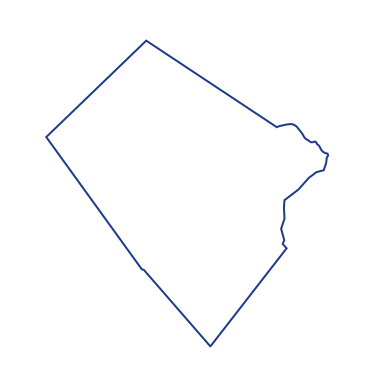 Mailly Motete, Soufrière, Saint Lucia, rotated 264°
{"feature_id": "8701671B87910523251509", "entity_name": "Mailly Motete", "entity_type": "district", "adm_level": 2, "iso_a3": "LCA", "parent_name": "Saint Lucia", "parent_adm1": "Soufrière", "projection": "mercator", "projection_center": [-61.027, 13.818], "detail": "fine", "context": "isolated", "style": "outline", "palette": "blue", "viewbox_px": 384, "rotation_deg": 264, "n_neighbors": 0, "source": "geoboundaries", "source_scale": "gbopen_adm2", "svg_char_len": 2166}
<svg xmlns="http://www.w3.org/2000/svg" viewBox="0 0 384 384"><g transform="rotate(264 192 192)"><path d="M36.7,194.0L37.2,194.8L126.1,280.2L130.8,276.8L134.5,278.7L146.1,276.8L155.9,281.2L166.9,281.8L174.2,283.1L183.4,298.2L193.8,309.6L198.7,317.7L199.9,325.3L206.7,328.4L212.2,329.7L214.0,331.2L215.9,330.9L216.0,330.6L216.2,330.1L216.4,329.7L216.5,329.3L216.7,328.9L216.9,328.5L217.1,328.1L217.3,327.8L217.6,327.4L217.9,327.0L218.2,326.6L218.5,326.3L218.8,326.0L219.2,325.8L219.5,325.5L219.8,325.3L220.2,325.1L220.6,324.9L221.0,324.7L221.5,324.5L221.9,324.3L222.3,324.2L222.8,324.0L223.2,323.9L223.5,323.8L223.8,323.6L224.1,323.5L224.6,323.3L224.8,323.1L225.0,322.9L225.4,322.6L225.7,322.3L226.1,321.9L226.5,321.5L226.8,321.2L227.1,321.0L227.5,320.8L227.8,321.0L228.2,320.9L228.5,320.7L228.8,320.3L229.1,319.9L229.3,319.5L229.3,318.8L229.2,318.4L229.1,318.0L228.9,317.6L228.9,317.2L228.9,316.6L228.9,316.1L229.1,315.7L229.2,315.4L229.4,315.1L229.6,314.7L229.9,314.4L230.2,314.1L230.6,313.8L230.9,313.5L231.1,313.2L231.5,312.8L231.7,312.5L231.9,312.2L232.1,311.8L232.4,311.4L232.6,311.1L233.0,310.6L233.3,310.4L233.6,310.2L234.1,309.9L234.4,309.6L234.8,309.4L235.2,309.2L235.6,309.0L236.0,308.8L236.5,308.6L237.0,308.4L237.4,308.2L237.7,308.1L238.2,307.8L238.5,307.7L238.9,307.5L239.3,307.3L239.7,307.0L240.1,306.8L240.3,306.6L240.6,306.4L241.0,306.2L241.4,306.0L241.8,305.7L242.3,305.4L242.6,305.2L243.0,304.9L243.4,304.6L243.7,304.4L244.1,304.2L244.4,304.0L244.8,303.8L245.1,303.6L245.5,303.4L245.7,303.2L246.0,302.9L246.4,302.6L246.7,302.3L247.0,302.0L247.3,301.6L247.6,301.3L247.9,300.9L248.1,300.4L248.4,300.0L248.5,299.6L248.7,299.2L248.8,298.9L248.9,298.5L249.1,298.1L249.2,297.7L249.2,297.3L249.2,296.9L249.2,296.4L249.3,296.0L249.3,295.7L249.2,295.3L249.2,294.8L249.2,294.1L249.2,293.7L249.2,293.3L249.2,292.9L249.2,292.5L249.1,291.9L249.0,291.4L249.0,290.9L248.9,290.4L248.9,290.1L248.8,289.7L248.8,289.2L248.7,288.7L248.7,288.3L248.6,287.9L248.6,287.2L248.5,286.9L248.5,286.4L248.4,286.0L248.3,285.5L248.2,285.1L248.1,284.6L247.6,283.1L347.3,162.3L261.9,52.8L120.2,134.1L119.7,135.9L36.7,194.0Z" fill="none" stroke="#1e3a8a" stroke-width="2"/></g></svg>